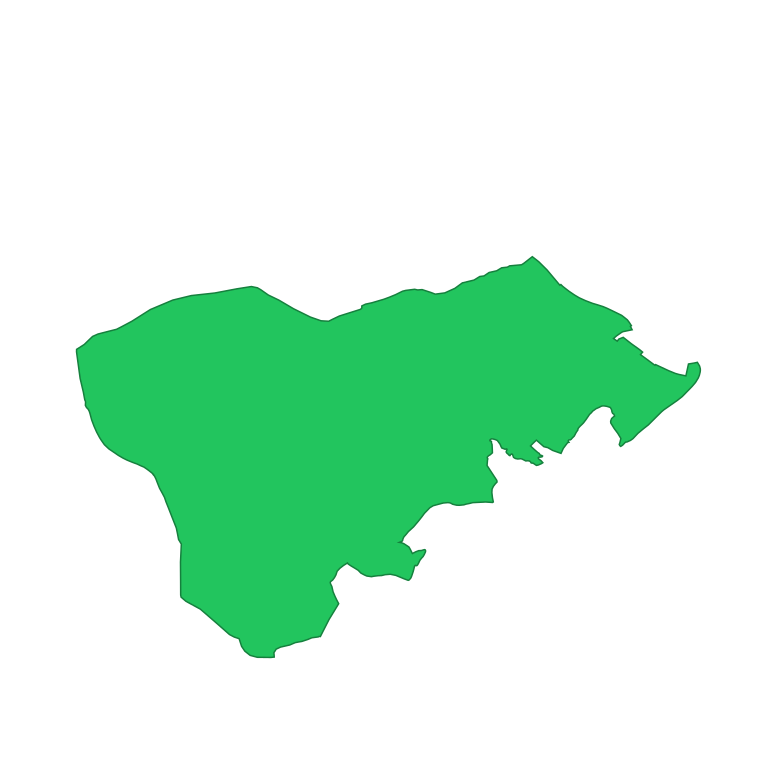 Santana De Mures, Mures, Romania (Natural Earth projection), rotated 330°
{"feature_id": "2599482B65561652185041", "entity_name": "Santana De Mures", "entity_type": "district", "adm_level": 2, "iso_a3": "ROU", "parent_name": "Romania", "parent_adm1": "Mures", "projection": "natural_earth1", "projection_center": [24.515, 46.596], "detail": "fine", "context": "isolated", "style": "filled", "palette": "green", "viewbox_px": 768, "rotation_deg": 330, "n_neighbors": 0, "source": "geoboundaries", "source_scale": "gbopen_adm2", "svg_char_len": 5271}
<svg xmlns="http://www.w3.org/2000/svg" viewBox="0 0 768 768"><g transform="rotate(330 384 384)"><path d="M152.4,565.6L153.4,563.6L154.3,561.6L156.2,560.7L158.0,559.7L162.8,560.1L171.9,562.9L177.8,563.6L181.0,564.7L184.2,565.9L190.6,567.2L194.6,567.7L200.7,570.2L201.5,570.1L202.6,570.9L207.2,567.9L218.6,560.5L230.7,553.9L234.9,551.6L235.1,547.1L235.4,543.3L236.0,538.5L237.6,533.3L237.8,530.3L238.3,528.8L239.2,528.4L241.5,528.1L244.3,526.9L246.9,525.3L249.8,522.7L253.8,521.5L258.2,520.9L262.9,520.7L262.9,521.8L264.5,525.1L266.4,528.5L268.5,532.4L269.4,536.1L271.5,539.5L273.1,541.7L276.8,544.6L279.1,545.4L283.1,547.1L286.2,548.7L289.6,549.7L294.3,551.9L298.6,555.7L304.1,562.9L306.8,566.1L307.7,566.3L308.7,566.0L310.3,565.4L311.9,564.2L315.4,561.1L317.3,559.2L319.4,557.0L320.4,556.7L320.9,557.4L321.8,557.7L322.7,557.4L324.1,556.6L327.0,554.6L329.5,553.6L331.5,553.0L333.5,551.9L336.0,550.1L336.6,549.3L336.8,548.4L336.3,547.7L334.9,547.3L333.1,546.9L330.8,545.7L327.7,545.2L323.8,545.0L324.1,540.4L324.1,537.6L321.4,532.3L319.9,530.3L318.1,528.8L320.9,529.2L321.8,528.9L323.1,527.5L324.9,526.3L327.4,525.5L331.4,524.0L338.2,522.5L344.9,520.1L350.0,518.1L354.4,516.2L357.6,515.3L361.7,514.1L365.7,514.0L371.0,515.4L375.8,516.7L380.1,518.7L381.9,520.1L383.4,522.5L386.1,525.1L388.4,526.6L392.8,528.6L395.1,529.1L398.0,530.1L401.5,531.1L413.0,537.0L418.8,540.9L419.7,540.8L421.0,536.9L423.1,532.0L425.1,529.0L427.6,527.3L430.5,526.1L432.9,525.4L433.5,523.9L432.5,506.1L435.9,501.2L436.5,500.8L436.4,500.2L436.6,499.3L437.4,498.7L438.9,498.4L440.6,498.4L443.5,497.8L445.2,494.6L447.3,490.5L447.5,489.4L447.8,488.3L448.3,487.6L448.2,487.1L447.3,486.0L447.8,485.4L449.5,485.2L450.9,486.1L452.7,487.9L453.9,489.6L454.4,494.2L454.1,496.4L454.0,498.3L454.9,499.4L456.2,501.0L457.8,501.6L457.7,502.4L456.7,503.1L455.8,503.9L455.8,505.2L456.4,506.9L456.7,508.3L457.2,509.0L458.6,508.4L459.7,508.5L460.1,509.3L459.8,510.8L459.5,512.3L460.5,514.2L462.3,515.8L465.1,517.1L466.1,518.1L468.3,521.5L470.2,522.4L471.5,523.5L471.9,524.5L472.0,526.0L473.6,527.2L474.4,528.9L475.3,530.7L477.1,531.3L478.8,531.5L480.5,531.7L482.2,531.6L481.7,529.0L480.4,526.0L480.7,525.0L481.6,524.8L483.0,525.6L484.5,526.1L485.3,525.7L485.0,524.9L483.7,523.6L483.7,521.7L482.9,520.2L481.3,515.5L479.9,510.9L483.4,509.9L487.9,508.8L491.1,518.2L494.1,521.1L496.8,525.8L502.6,532.6L507.1,529.4L513.7,526.6L515.0,527.0L514.9,526.0L515.3,525.1L516.4,524.9L517.3,525.5L518.4,525.5L519.8,525.0L522.8,524.2L526.1,522.1L529.0,520.7L529.4,519.9L530.8,519.2L532.7,518.6L533.9,518.3L535.2,518.0L537.4,517.4L541.6,515.6L546.8,513.1L549.1,512.6L551.3,511.8L552.8,511.7L555.3,511.4L558.6,511.8L561.2,511.9L562.6,512.4L564.0,513.3L565.6,514.6L566.5,515.5L568.2,517.4L568.3,519.0L568.0,520.9L567.5,522.0L567.3,523.8L568.0,525.1L567.6,527.1L566.2,527.2L563.9,527.7L561.7,529.5L560.9,531.1L561.1,537.7L561.8,543.7L561.9,549.6L559.1,552.6L557.5,554.0L557.4,555.3L557.8,556.4L560.0,556.3L564.1,555.1L565.4,555.7L569.3,556.1L572.3,555.8L579.2,553.7L586.8,552.4L592.5,551.6L593.6,551.3L603.7,548.6L610.6,546.8L613.3,546.3L629.7,544.9L636.0,544.0L649.5,540.2L654.6,538.4L659.2,535.9L661.4,534.2L663.8,531.7L664.9,530.2L665.6,528.8L666.3,526.2L666.2,521.9L663.3,521.0L657.7,518.9L649.5,527.9L644.1,523.1L641.5,520.4L637.1,514.7L628.9,503.0L628.0,503.3L620.8,486.8L623.9,485.7L622.6,482.2L618.3,472.7L614.5,463.2L609.9,462.5L607.4,463.5L605.5,459.4L609.4,458.6L615.2,458.1L616.9,458.1L626.0,461.1L626.2,457.3L627.4,457.2L627.2,453.2L626.8,450.1L625.5,446.7L624.1,443.3L621.0,438.7L618.1,434.4L615.0,429.9L612.5,426.6L608.6,422.3L604.9,418.4L600.2,412.6L596.2,407.0L593.5,402.2L590.6,396.2L589.4,393.3L588.0,389.8L587.6,388.8L586.9,386.3L585.7,386.4L582.7,369.4L582.2,366.6L580.7,361.1L579.2,355.6L577.9,352.3L576.1,347.9L571.8,348.5L568.3,349.0L565.3,349.4L562.7,349.5L551.9,344.5L549.3,344.5L544.0,342.2L538.2,342.3L530.8,340.0L524.6,340.4L520.7,338.8L513.9,339.0L502.4,335.6L493.2,336.6L482.2,335.5L473.3,331.8L470.5,328.3L464.2,321.3L460.2,319.4L457.9,317.3L449.6,313.8L446.4,312.9L438.6,312.4L431.9,311.5L426.1,310.5L419.5,308.9L414.1,307.6L407.9,305.6L403.8,305.3L402.8,307.1L401.0,307.6L379.3,302.8L371.6,302.2L367.5,302.0L361.1,297.8L353.7,289.2L343.3,273.6L334.9,258.8L328.3,249.1L324.4,240.7L323.4,239.0L322.5,237.4L317.9,233.3L304.4,228.1L283.0,220.6L261.4,211.1L243.0,205.7L218.9,202.7L197.0,203.6L185.5,203.2L179.7,202.9L172.0,200.7L161.2,197.7L155.4,197.1L149.7,198.5L144.2,199.9L135.1,200.3L133.8,202.4L123.6,227.3L119.6,240.6L116.9,248.2L116.9,249.3L116.4,250.6L114.7,253.2L114.6,255.6L115.2,258.0L115.1,260.2L114.6,262.6L113.9,265.1L112.9,268.8L111.8,275.4L111.1,281.9L110.9,288.2L111.0,290.9L111.5,296.7L113.3,302.7L116.5,309.3L118.2,312.9L121.0,317.8L123.4,321.4L127.1,326.2L130.2,329.9L132.2,332.8L134.6,336.0L136.4,339.8L138.4,344.7L139.1,347.0L138.8,347.1L139.2,349.0L139.0,352.2L138.3,356.6L137.5,362.1L137.4,367.5L137.2,372.5L136.3,377.0L135.4,383.3L133.8,393.8L132.2,404.5L132.1,405.0L130.2,410.7L128.3,416.1L128.4,417.6L128.4,419.8L128.5,421.2L118.7,436.5L108.7,454.1L102.4,465.1L101.7,467.2L103.9,473.3L112.3,487.0L119.3,507.1L124.9,523.7L127.8,528.3L131.2,532.1L129.5,540.0L129.9,545.8L132.4,552.1L137.6,557.3L149.4,564.3L152.4,565.6Z" fill="#22c55e" stroke="#15803d" stroke-width="1.5"/></g></svg>